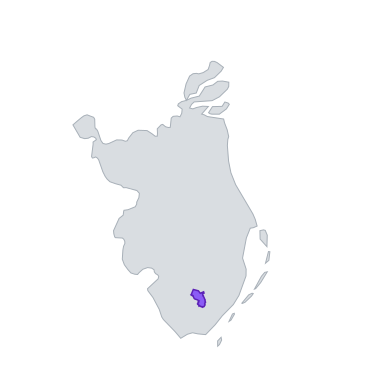 location of Noordenveld, Drenthe, Netherlands, rotated 137°
{"feature_id": "6326949B11636300368491", "entity_name": "Noordenveld", "entity_type": "district", "adm_level": 2, "iso_a3": "NLD", "parent_name": "Netherlands", "parent_adm1": "Drenthe", "projection": "albers", "projection_center": [6.459, 53.095], "detail": "fine", "context": "in_parent", "style": "filled", "palette": "violet", "viewbox_px": 384, "rotation_deg": 137, "n_neighbors": 0, "source": "geoboundaries", "source_scale": "gbopen_adm2", "svg_char_len": 4696}
<svg xmlns="http://www.w3.org/2000/svg" viewBox="0 0 384 384"><g transform="rotate(137 192 192)"><path d="M233.3,322.3L227.5,322.1L222.0,321.8L219.1,321.4L216.1,320.0L214.7,317.1L213.0,313.7L213.5,311.6L218.7,305.7L219.5,304.1L218.9,303.2L219.5,300.6L223.5,291.8L224.0,288.2L222.3,285.7L219.8,284.2L211.6,281.5L207.8,277.8L206.1,274.5L204.3,273.6L201.6,274.6L194.8,275.7L189.3,273.9L183.0,267.6L181.6,262.1L180.9,257.9L179.3,256.5L177.1,258.6L174.3,261.9L168.8,262.2L167.3,261.4L167.1,259.5L166.8,257.7L165.4,255.4L163.8,254.1L156.8,260.2L154.2,260.2L151.0,257.7L149.5,255.2L145.9,256.5L142.7,259.3L143.6,264.8L141.9,265.8L138.0,265.2L133.6,262.8L128.7,261.3L121.3,257.2L110.8,259.9L103.7,256.0L97.7,255.4L94.0,252.3L90.2,247.2L93.2,244.1L96.0,243.1L107.0,242.9L115.0,245.1L129.0,256.4L132.6,256.4L136.5,255.1L134.7,252.2L131.1,250.7L125.8,247.6L121.7,243.4L131.8,242.4L130.5,240.3L129.3,236.7L119.1,223.8L121.0,220.5L123.9,213.4L127.4,207.5L130.1,205.9L134.5,201.8L144.2,189.6L150.4,179.6L155.1,167.6L162.4,134.5L164.4,128.9L167.6,122.7L171.4,124.0L174.1,125.8L183.6,121.3L200.1,109.2L205.0,98.7L209.7,93.8L228.3,84.3L238.5,81.5L254.3,80.8L265.6,79.1L279.3,78.4L284.5,84.3L287.6,88.7L292.4,91.1L300.0,92.7L299.6,101.3L299.9,118.3L299.3,121.3L296.0,128.5L292.5,141.5L291.6,149.9L290.5,151.6L275.9,151.6L273.8,153.1L273.6,154.9L274.3,157.1L274.0,159.3L272.8,161.0L273.4,163.8L276.0,167.0L280.6,169.0L285.6,169.1L288.1,168.8L290.0,171.0L291.9,174.5L291.8,178.9L291.1,184.9L288.8,190.4L282.0,196.8L279.0,199.0L276.1,200.2L274.8,201.8L274.1,203.9L274.3,205.8L279.2,210.9L279.1,212.0L277.7,214.7L275.8,217.2L263.3,222.4L258.1,222.0L255.1,224.5L254.2,225.0L250.9,222.7L243.6,219.9L240.8,220.8L239.3,222.3L234.7,224.1L231.4,226.9L231.3,230.6L237.1,240.0L239.2,241.9L239.3,245.4L242.1,249.9L245.0,255.4L245.3,259.0L244.9,262.5L243.4,267.6L238.2,279.4L238.1,281.7L238.6,283.4L240.3,283.9L241.7,284.8L241.3,286.4L231.6,294.5L230.3,296.0L226.3,295.5L225.7,296.9L226.2,299.1L227.7,301.1L231.2,302.1L234.1,304.2L236.5,308.3L233.3,322.3ZM133.6,262.8L132.6,266.2L130.3,269.9L122.6,275.1L114.7,278.4L110.6,277.8L107.9,275.8L106.5,273.8L102.4,271.7L96.7,270.6L93.0,272.5L90.4,274.3L88.2,273.9L86.5,272.2L85.4,269.6L84.0,261.7L88.3,260.5L97.6,260.3L104.7,263.3L114.1,265.0L121.4,261.5L127.0,264.9L133.6,262.8ZM119.0,230.3L124.4,235.4L125.5,237.0L125.8,238.7L118.8,240.5L111.6,234.1L106.6,235.4L104.9,232.4L104.9,230.7L110.1,229.3L119.0,230.3ZM174.3,111.1L168.7,117.4L165.5,115.5L164.6,114.0L166.4,109.1L174.5,100.9L174.3,111.1ZM198.7,83.0L193.6,83.6L191.4,82.3L203.6,78.9L211.3,77.9L212.6,78.4L198.7,83.0ZM231.4,76.7L220.7,78.1L217.1,77.0L216.5,75.9L219.5,75.3L228.5,75.2L231.3,76.2L231.4,76.7ZM186.8,89.8L176.7,96.3L175.8,95.2L182.4,89.6L186.8,89.8ZM274.8,65.6L269.8,65.9L271.3,63.5L275.9,61.7L278.4,61.7L274.8,65.6ZM253.2,72.1L245.6,75.2L243.8,74.5L244.3,73.7L250.9,71.7L253.2,72.1Z" fill="#d9dde1" stroke="#a8b0b8" stroke-width="1"/><path d="M260.2,100.3L259.5,100.6L259.4,100.6L259.3,101.0L259.2,101.2L259.2,101.3L259.1,101.5L258.9,101.5L258.7,101.6L258.5,101.8L258.4,101.8L258.2,101.9L258.1,102.0L257.9,102.0L257.7,102.2L257.4,102.2L257.4,102.3L257.2,102.3L257.1,102.5L257.0,102.8L257.0,103.0L256.9,103.3L256.7,103.5L256.4,103.7L256.4,103.8L256.3,104.0L256.2,104.0L256.0,104.3L255.9,104.4L255.8,104.5L255.8,104.8L255.7,105.2L255.6,105.6L255.2,106.5L255.1,106.8L255.0,107.1L254.9,107.4L254.9,108.0L254.8,108.7L254.4,108.7L254.4,108.8L254.3,109.0L254.1,109.5L254.0,109.8L253.7,110.6L252.1,109.9L252.0,110.2L252.0,110.4L251.9,110.6L251.6,111.1L255.0,112.3L255.0,112.5L255.0,112.9L254.9,113.2L254.9,113.7L254.7,115.4L255.9,117.2L255.9,117.3L256.3,117.9L256.4,118.1L256.6,118.3L257.5,119.8L259.5,118.9L262.5,117.5L262.9,117.5L262.8,116.9L262.7,116.9L262.4,117.0L262.2,116.4L262.1,115.9L262.0,115.7L262.4,115.5L262.2,115.0L262.8,113.4L262.9,113.1L263.0,112.6L263.0,112.3L262.9,111.9L262.6,111.2L262.4,110.9L262.3,110.7L261.7,109.7L261.4,108.8L261.4,108.4L261.3,108.0L261.1,107.5L262.1,107.3L262.3,107.5L262.9,107.1L262.8,106.6L263.0,106.6L263.8,106.5L264.0,106.4L264.3,106.4L264.4,106.1L264.4,105.9L264.3,105.7L264.2,105.6L264.2,105.4L264.3,105.3L264.3,105.2L264.2,105.0L264.2,104.9L264.1,104.7L264.2,104.4L264.3,104.3L264.2,104.2L264.3,104.1L264.2,104.1L264.1,103.9L264.2,103.7L264.2,103.4L264.2,103.2L264.1,102.9L263.9,102.9L263.9,102.7L263.7,102.5L263.7,102.4L263.6,102.2L263.5,101.9L263.4,101.8L263.5,101.8L263.4,101.8L263.4,101.6L263.2,101.5L263.2,101.4L263.1,101.2L263.0,100.9L262.9,100.7L262.8,100.4L262.7,100.4L262.1,100.4L262.1,100.5L261.9,100.5L261.8,100.4L261.8,100.2L261.7,100.1L261.4,100.0L261.2,100.0L260.7,100.2L260.3,100.3L260.2,100.3Z" fill="#8b5cf6" stroke="#5b21b6" stroke-width="1.5"/></g></svg>